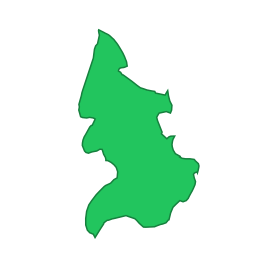 the district of Mashtul Al-Suq, Ash Sharqiyah, Egypt, rotated 168°
{"feature_id": "37247803B39026546430649", "entity_name": "Mashtul Al-Suq", "entity_type": "district", "adm_level": 2, "iso_a3": "EGY", "parent_name": "Egypt", "parent_adm1": "Ash Sharqiyah", "projection": "mercator", "projection_center": [31.372, 30.36], "detail": "fine", "context": "isolated", "style": "filled", "palette": "green", "viewbox_px": 256, "rotation_deg": 168, "n_neighbors": 0, "source": "geoboundaries", "source_scale": "gbopen_adm2", "svg_char_len": 2781}
<svg xmlns="http://www.w3.org/2000/svg" viewBox="0 0 256 256"><g transform="rotate(168 128 128)"><path d="M136.2,230.1L136.6,229.3L136.7,227.0L136.7,224.7L140.3,216.7L142.6,215.0L144.4,212.1L147.4,203.5L164.3,174.6L165.8,171.9L167.0,169.1L171.1,161.3L171.2,158.7L172.4,155.8L172.2,152.5L172.0,148.9L170.3,147.7L166.3,146.4L163.4,146.4L160.0,145.1L158.6,144.0L158.2,143.6L162.4,138.1L163.4,138.1L165.1,137.0L171.0,130.2L172.7,128.4L174.5,125.6L175.7,122.7L176.3,120.4L175.5,115.8L175.3,114.6L174.2,112.8L171.9,111.6L168.5,112.1L166.8,112.1L163.3,112.0L159.9,113.1L157.7,112.4L157.6,111.0L157.3,107.4L156.2,103.9L156.2,101.5L156.4,100.8L154.4,100.2L151.6,97.8L149.3,94.9L147.7,91.9L147.2,87.3L149.0,81.5L152.5,80.4L156.5,77.6L161.9,76.4L163.6,75.6L168.8,72.2L172.9,69.4L178.8,64.3L182.3,60.9L185.8,55.1L188.2,48.2L189.5,41.9L189.0,36.6L188.5,35.7L187.9,34.9L187.4,33.7L185.7,32.5L184.0,31.3L183.0,27.7L176.4,34.6L173.5,37.5L171.8,39.2L171.2,40.3L167.7,42.0L166.0,41.9L162.5,42.4L159.6,42.4L149.3,42.7L148.1,42.7L146.2,41.5L140.2,37.9L139.0,36.3L138.5,35.5L136.9,32.6L135.2,30.2L134.0,28.6L133.5,27.9L131.6,27.4L131.2,27.3L122.6,25.9L119.7,26.4L116.3,26.9L114.0,26.9L110.5,27.4L107.6,29.7L107.0,29.7L104.0,36.0L100.5,41.1L97.0,43.4L93.2,45.7L92.7,46.0L92.4,46.2L89.5,44.4L86.1,44.9L83.8,46.6L82.0,48.9L79.6,51.7L78.5,52.9L76.7,55.2L74.3,58.6L73.1,61.5L73.6,65.5L73.6,69.0L73.2,69.4L72.4,70.2L69.5,70.7L69.4,69.7L68.9,70.6L68.4,71.6L68.2,72.0L67.1,74.5L66.5,76.1L66.5,76.5L66.6,78.5L68.0,80.5L69.1,82.1L69.2,82.4L69.3,82.7L69.9,83.6L70.3,83.7L73.6,84.9L77.7,85.8L78.1,85.9L80.0,86.6L81.4,87.1L83.5,88.9L82.9,89.4L84.0,90.4L87.0,93.0L88.3,96.7L88.4,97.2L88.4,97.4L88.5,98.7L88.6,100.5L88.4,102.7L88.0,103.8L87.1,106.1L86.3,107.6L85.3,108.8L84.0,110.4L85.6,110.7L87.8,111.1L89.6,110.9L90.5,110.4L91.4,109.9L92.2,109.4L92.6,109.9L93.6,111.3L95.6,114.1L95.8,114.4L96.5,115.4L95.5,116.9L95.8,118.3L96.8,124.4L97.6,129.1L97.7,132.5L96.9,133.5L96.1,134.4L94.5,136.1L87.1,136.1L83.4,133.8L81.6,136.5L81.4,137.3L80.3,141.1L81.3,144.9L81.5,145.8L81.7,150.8L81.7,151.2L81.5,154.5L81.4,156.3L82.1,155.6L84.9,152.5L92.8,156.0L93.8,156.4L94.2,158.2L94.7,158.4L97.3,159.4L101.7,161.3L102.3,161.7L104.6,163.1L107.6,164.8L110.3,167.8L114.6,173.0L115.6,174.1L121.7,180.9L122.7,181.3L122.8,181.8L123.6,183.8L123.7,184.1L125.5,185.6L125.4,186.0L124.8,187.3L124.0,187.8L123.2,188.3L121.8,188.3L119.9,188.1L119.1,188.1L118.3,188.2L116.9,188.5L115.9,188.7L115.8,191.2L115.7,192.0L115.7,193.3L116.0,195.0L116.6,198.7L116.9,199.9L117.4,202.1L118.1,204.3L119.1,207.2L120.5,211.2L121.3,213.1L122.5,215.5L123.5,217.6L123.8,218.0L124.7,219.2L126.5,221.8L127.7,223.2L128.9,224.2L130.5,225.4L132.1,226.8L133.6,228.0L134.5,228.7L135.3,229.4L136.2,230.1Z" fill="#22c55e" stroke="#15803d" stroke-width="1.5"/></g></svg>